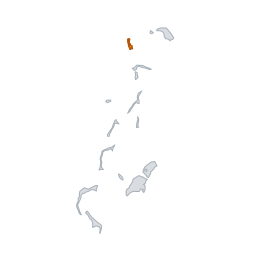 The Bahamas, with Mayaguana highlighted, rotated 239°
{"feature_id": "BHS-5037", "entity_name": "Mayaguana", "entity_type": "District", "adm_level": 1, "iso_a3": "BHS", "parent_name": "The Bahamas", "parent_adm1": "", "projection": "robinson", "projection_center": [-72.982, 22.374], "detail": "fine", "context": "in_parent", "style": "filled", "palette": "amber", "viewbox_px": 256, "rotation_deg": 239, "n_neighbors": 0, "source": "natural_earth", "source_scale": "10m", "svg_char_len": 4000}
<svg xmlns="http://www.w3.org/2000/svg" viewBox="0 0 256 256"><g transform="rotate(239 128 128)"><path d="M81.5,106.1L81.5,109.5L81.7,112.1L81.4,113.0L78.8,114.8L78.1,115.7L75.6,116.7L74.1,118.1L73.3,115.8L71.8,114.5L71.6,112.2L70.5,113.0L68.9,112.5L66.2,110.7L64.6,108.3L66.9,107.9L67.4,109.4L69.3,107.6L68.9,106.6L68.5,106.5L67.9,104.7L70.8,100.1L71.4,97.1L70.2,92.3L71.4,91.9L74.5,93.6L76.0,95.3L76.0,97.6L77.3,99.4L79.2,103.6L81.5,106.1ZM83.6,119.1L83.6,119.8L81.1,121.6L82.9,122.9L84.6,120.1L85.9,122.3L86.6,126.6L86.5,127.3L86.6,128.0L86.8,128.8L86.9,130.0L85.5,133.7L80.7,133.3L80.6,130.2L79.8,129.6L78.7,125.1L77.2,123.7L75.1,120.0L76.4,119.0L78.0,119.3L78.8,118.9L81.1,118.6L82.5,118.0L83.6,119.1ZM197.3,206.4L196.5,208.4L193.9,212.4L188.0,213.4L181.6,213.6L181.1,212.5L181.0,211.6L181.4,210.1L181.4,209.5L181.1,208.9L183.5,208.3L185.0,206.4L187.4,206.1L190.5,207.4L192.1,207.4L194.5,206.0L196.5,202.9L197.6,203.3L197.3,206.4ZM94.6,71.9L94.0,72.2L92.0,69.3L90.3,68.5L92.9,66.5L94.1,64.7L94.1,60.9L94.8,58.9L94.6,57.1L95.2,55.2L94.4,53.2L92.2,51.5L87.9,45.1L80.9,43.5L77.3,43.4L79.3,42.4L81.1,42.5L83.9,43.1L87.3,43.4L89.4,45.3L91.3,47.9L93.1,48.9L93.8,49.5L93.7,50.3L94.0,51.0L96.3,52.1L98.6,54.1L99.3,59.7L96.1,62.3L95.4,70.5L94.6,71.9ZM63.9,48.4L66.8,49.3L68.4,49.2L69.3,48.6L73.7,48.8L77.3,48.0L77.8,49.5L77.7,50.3L70.1,51.0L63.2,53.2L59.4,54.7L57.6,54.9L56.3,54.1L51.8,49.5L53.0,50.0L56.4,52.6L58.4,52.1L60.4,50.4L60.7,49.1L60.4,48.5L61.3,46.4L63.9,48.4ZM108.6,83.8L112.6,87.0L116.0,88.2L119.7,92.3L121.3,93.7L121.6,95.0L120.9,101.0L120.0,104.6L120.2,107.7L119.3,106.8L118.4,104.7L117.0,103.5L116.5,102.9L119.1,102.8L119.3,99.5L120.6,97.0L120.5,94.3L117.4,91.4L115.4,88.8L112.2,88.0L109.2,85.4L107.5,85.1L105.3,85.5L106.1,84.0L106.7,82.0L107.1,81.6L108.6,83.8ZM152.6,157.8L152.5,158.5L149.4,152.8L145.5,151.4L143.2,150.1L143.7,149.3L145.2,148.9L145.5,147.1L144.9,145.2L142.8,141.2L141.7,138.6L141.1,138.0L141.0,135.7L143.4,139.2L144.4,142.3L146.1,145.3L147.1,150.5L150.3,152.3L152.5,154.8L152.6,157.8ZM168.2,177.2L166.5,178.1L166.8,176.6L170.2,174.1L172.0,171.9L173.0,171.1L173.4,170.5L174.9,169.7L175.6,168.3L175.4,167.1L173.9,165.2L173.9,163.8L174.4,162.9L177.0,162.5L176.3,163.9L177.3,168.0L173.9,173.0L171.0,174.6L168.2,177.2ZM141.2,120.5L141.4,122.0L139.8,121.7L137.3,122.3L136.4,122.3L137.0,121.3L138.7,119.9L138.8,118.7L136.7,116.8L134.3,112.2L133.2,111.1L132.6,109.4L130.6,107.6L131.0,106.6L131.4,106.4L132.8,106.8L135.9,113.4L136.1,114.1L141.2,120.5ZM196.9,171.1L198.4,171.5L199.3,171.5L202.1,172.3L203.8,173.5L204.2,174.0L203.3,175.0L200.7,173.0L198.4,172.8L195.2,172.8L193.9,172.5L194.8,170.3L196.9,171.1ZM171.9,162.7L172.4,163.2L170.9,164.3L167.3,162.9L166.5,163.0L165.8,161.5L165.6,160.4L165.7,159.4L167.9,160.2L169.0,161.6L171.9,162.7ZM91.3,97.3L88.5,97.9L86.6,97.3L86.1,96.9L86.9,96.1L88.8,95.4L91.8,95.4L93.1,96.1L93.3,96.5L91.3,97.3ZM132.4,141.9L131.4,142.1L129.5,141.4L125.3,137.9L123.3,137.6L123.9,135.6L125.4,136.3L128.9,139.3L130.2,140.8L132.4,141.9ZM162.8,124.3L160.9,127.4L159.8,127.1L160.4,123.3L161.8,122.6L162.3,122.7L162.8,124.3ZM200.0,197.4L196.7,198.8L196.4,197.1L198.1,195.8L200.0,197.4Z" fill="#d9dde1" stroke="#a8b0b8" stroke-width="1"/><path d="M194.5,172.9L194.1,172.8L193.8,172.6L193.9,172.4L194.3,172.0L194.2,171.8L194.2,171.7L194.3,171.4L194.5,171.0L194.4,170.7L194.4,170.4L194.7,170.2L195.1,170.8L195.3,170.9L195.7,171.0L195.7,170.9L195.8,170.8L196.0,170.7L196.4,170.6L196.7,170.8L196.9,170.8L197.6,171.0L198.8,172.0L199.4,172.0L199.3,171.8L199.1,171.4L199.9,171.8L200.3,171.9L200.6,171.8L201.0,172.1L201.3,172.3L201.8,172.3L202.4,172.4L202.5,172.4L202.7,172.6L203.0,173.1L203.3,173.2L203.8,173.2L204.0,173.3L204.2,173.9L204.1,174.4L203.8,174.9L203.4,175.1L202.9,174.9L201.8,173.7L201.3,173.3L200.9,173.1L200.5,173.0L199.8,172.9L199.6,173.0L199.2,173.1L198.7,173.1L198.4,172.8L198.2,172.8L197.7,172.9L196.7,173.4L196.1,173.6L195.9,173.5L195.7,173.4L195.6,173.2L195.4,173.2L194.5,172.9Z" fill="#f59e0b" stroke="#b45309" stroke-width="1.5"/></g></svg>